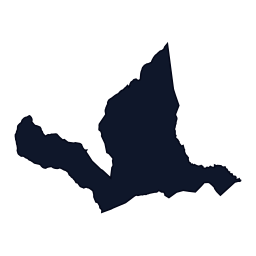 Magdalena Mixtepec, Oaxaca, Mexico
{"feature_id": "50627088B67749224588844", "entity_name": "Magdalena Mixtepec", "entity_type": "district", "adm_level": 2, "iso_a3": "MEX", "parent_name": "Mexico", "parent_adm1": "Oaxaca", "projection": "robinson", "projection_center": [-96.912, 16.905], "detail": "fine", "context": "isolated", "style": "filled", "palette": "ink", "viewbox_px": 256, "rotation_deg": 0, "n_neighbors": 0, "source": "geoboundaries", "source_scale": "gbopen_adm2", "svg_char_len": 4720}
<svg xmlns="http://www.w3.org/2000/svg" viewBox="0 0 256 256"><path d="M240.6,180.7L240.6,180.3L240.3,180.2L240.1,180.2L239.5,179.4L239.2,178.7L238.2,179.3L235.7,179.2L235.4,178.9L235.3,178.4L236.0,177.4L235.5,176.5L232.5,175.9L231.8,175.5L232.3,174.8L232.1,174.0L230.0,173.7L229.5,173.1L229.5,172.0L228.2,171.8L226.9,169.2L225.8,168.8L225.0,166.9L223.8,167.2L222.1,166.9L221.0,165.8L217.4,165.5L216.7,165.9L214.6,165.0L214.6,167.3L214.2,167.5L211.9,167.3L210.3,166.4L209.5,167.2L208.6,167.8L207.0,167.3L205.7,168.3L204.9,168.5L202.6,167.6L202.8,166.6L201.1,165.5L200.0,166.3L199.8,166.0L198.3,166.3L196.4,165.6L194.4,164.6L193.6,165.3L192.2,164.1L191.2,164.7L190.2,162.9L189.0,162.4L188.1,159.7L188.2,157.6L187.1,156.5L186.9,155.9L185.5,154.5L184.4,151.6L184.4,150.3L184.5,149.8L183.9,148.7L183.1,145.5L181.4,146.2L179.1,143.2L178.9,141.7L178.4,141.3L178.0,140.3L177.4,139.5L175.9,138.3L175.3,137.1L175.8,136.0L175.9,135.5L175.6,135.2L175.0,134.6L175.1,133.6L175.1,130.9L174.3,129.1L174.9,127.5L175.3,125.0L175.9,123.7L175.9,122.3L176.2,120.9L176.6,119.6L176.8,118.9L176.7,117.8L176.2,116.6L175.7,115.9L175.6,115.0L175.3,114.5L178.8,105.5L175.2,95.1L173.8,90.7L173.7,90.4L173.3,88.9L167.4,43.7L164.8,46.9L163.9,49.1L162.5,50.3L162.3,50.4L161.6,50.8L160.3,51.1L158.2,52.9L156.7,54.4L155.7,55.1L155.2,55.6L153.7,57.6L152.2,60.4L151.5,62.3L151.0,62.6L148.4,63.8L147.0,64.0L146.5,64.2L145.2,65.1L144.4,65.4L143.8,66.4L142.8,67.4L142.3,68.7L142.0,69.9L141.7,70.6L141.2,72.0L140.9,73.6L140.6,76.7L140.5,78.8L140.0,79.7L139.5,80.2L138.6,80.5L138.2,80.4L137.6,80.3L136.9,79.9L136.3,79.3L136.0,79.1L133.9,79.7L133.4,80.2L132.7,81.1L131.1,82.1L130.2,83.9L129.7,85.6L129.6,86.1L128.8,87.5L128.5,87.6L128.3,86.7L127.9,85.7L127.5,85.4L126.5,86.8L125.6,87.5L124.8,88.2L123.8,89.3L122.7,90.2L121.7,90.5L121.4,90.7L121.1,91.1L120.7,91.2L120.4,91.4L119.7,92.3L119.4,92.5L119.3,92.8L118.6,93.5L118.1,93.9L117.2,94.3L115.6,95.2L114.4,96.1L111.7,98.2L110.0,99.2L109.6,99.6L109.1,99.9L108.8,100.2L108.1,101.5L107.9,102.0L107.7,102.8L107.7,103.4L108.1,104.3L108.0,104.5L107.2,105.0L106.4,107.0L106.0,107.9L106.1,108.0L105.8,108.9L105.5,109.5L105.3,111.0L105.9,114.5L99.4,124.1L99.2,125.3L99.2,126.0L99.3,126.5L99.0,129.4L99.2,130.0L100.9,131.2L101.7,133.4L101.9,135.4L101.6,135.9L105.1,143.4L106.9,152.5L109.1,153.6L113.1,158.4L112.9,160.0L112.6,160.7L113.2,165.2L113.0,165.8L112.8,166.4L112.0,167.5L110.7,178.1L102.4,170.4L100.6,169.4L97.2,166.1L93.4,162.5L92.0,161.2L90.0,158.1L87.8,154.7L86.0,152.1L86.0,151.2L86.7,150.1L84.6,150.2L83.8,149.3L82.8,148.0L81.8,145.8L81.4,144.6L81.1,144.4L80.2,143.8L79.9,143.6L75.3,142.8L73.8,143.2L67.9,142.4L64.3,139.6L62.7,140.1L59.5,137.3L56.7,134.2L55.3,134.0L54.1,134.2L52.1,134.3L51.2,134.3L50.5,134.7L49.4,134.9L48.1,134.7L47.4,135.1L45.3,136.3L43.2,134.0L42.7,133.3L42.3,131.9L41.1,130.2L41.0,129.0L40.1,127.3L39.3,126.9L37.1,126.0L35.0,125.5L34.5,125.2L31.7,121.9L31.8,120.9L31.9,120.5L31.9,119.2L31.2,117.6L30.2,116.3L29.3,115.8L27.2,117.1L25.4,117.5L24.0,118.3L22.2,120.2L21.4,122.6L19.9,123.7L18.6,125.0L17.9,125.9L17.7,126.8L17.6,128.7L17.5,129.6L16.7,131.5L16.4,133.2L15.4,134.7L15.4,136.6L15.6,137.8L15.8,139.6L16.4,141.3L16.7,143.9L17.2,145.5L17.6,148.3L17.3,150.6L18.2,153.6L18.7,154.2L19.3,154.7L21.2,156.1L22.8,156.0L23.6,156.1L24.9,157.0L25.5,157.5L26.3,157.9L27.6,158.3L28.7,159.4L29.2,159.9L30.5,160.3L33.0,161.9L34.1,162.8L34.7,163.1L39.6,164.2L40.8,165.0L41.4,166.0L42.7,167.2L44.1,167.9L45.8,168.1L46.5,167.5L47.6,167.1L50.0,166.6L51.1,166.5L51.7,166.5L53.2,167.6L55.1,168.2L57.0,168.4L57.6,168.4L58.1,168.3L59.1,167.9L60.1,167.8L61.7,168.5L64.2,169.9L65.3,170.2L65.9,170.4L67.6,171.7L68.1,172.0L68.9,173.8L69.2,174.7L69.6,175.1L70.4,175.6L71.5,177.0L73.1,178.1L73.4,178.6L74.0,179.4L74.4,179.7L74.7,180.0L76.1,182.5L77.9,183.0L78.7,184.2L80.1,186.2L80.5,186.5L81.6,187.0L83.3,187.6L83.7,187.9L85.9,187.0L86.8,187.2L87.9,187.7L88.8,187.8L89.3,188.1L90.4,188.8L92.5,190.4L93.1,191.2L93.9,194.7L93.9,197.0L95.9,202.0L97.8,202.5L99.7,205.8L99.9,207.5L100.3,208.3L101.6,209.3L101.8,209.8L102.0,210.4L101.8,212.3L111.3,208.8L112.5,208.1L125.5,202.6L134.7,195.7L136.0,195.1L136.5,195.0L137.9,195.4L141.2,194.6L141.6,194.7L142.4,194.8L143.4,194.5L144.2,194.3L146.1,194.4L147.1,193.8L148.4,193.6L149.2,193.2L155.0,192.0L156.0,192.1L157.2,191.7L158.5,190.5L158.6,190.4L160.2,191.1L160.8,191.2L161.0,191.7L161.7,192.0L162.8,192.0L163.6,192.0L164.1,192.4L164.9,194.1L165.0,195.2L168.9,197.6L176.5,192.1L183.2,190.3L188.6,191.1L195.3,191.9L201.4,185.7L204.2,182.5L208.3,182.3L209.5,182.7L212.4,185.2L214.5,187.4L214.7,188.4L215.1,189.1L216.8,191.5L220.4,195.2L234.8,182.1L236.0,181.8L237.7,181.3L238.9,181.2L239.8,181.3L240.6,180.7Z" fill="#0f172a" stroke="#020617" stroke-width="1.5"/></svg>